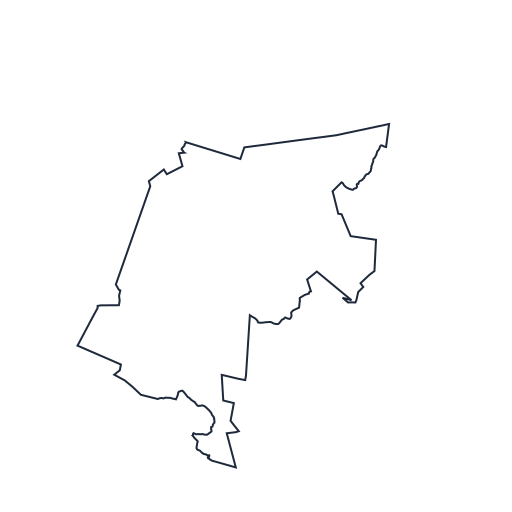 San Luis del Cordero, Durango, Mexico, rotated 133°
{"feature_id": "50627088B87094166069630", "entity_name": "San Luis del Cordero", "entity_type": "district", "adm_level": 2, "iso_a3": "MEX", "parent_name": "Mexico", "parent_adm1": "Durango", "projection": "natural_earth1", "projection_center": [-104.288, 25.388], "detail": "fine", "context": "isolated", "style": "outline", "palette": "slate", "viewbox_px": 512, "rotation_deg": 133, "n_neighbors": 0, "source": "geoboundaries", "source_scale": "gbopen_adm2", "svg_char_len": 5800}
<svg xmlns="http://www.w3.org/2000/svg" viewBox="0 0 512 512"><g transform="rotate(133 256 256)"><path d="M395.9,149.1L393.9,162.2L384.3,168.3L378.7,171.9L384.0,181.4L366.3,200.0L357.8,185.1L354.1,179.3L350.8,181.4L350.5,181.6L303.5,220.1L303.3,218.7L303.0,217.4L302.8,216.4L302.3,214.6L302.2,212.9L302.3,211.3L302.5,210.5L303.2,209.3L302.2,207.7L301.0,206.4L300.1,205.6L298.9,204.6L297.7,203.6L296.7,202.7L295.7,201.7L294.7,200.8L294.0,199.7L293.7,198.6L293.5,197.6L293.1,196.7L292.5,195.6L291.7,194.5L290.8,193.5L289.5,193.2L286.8,193.4L284.8,193.6L283.7,193.0L282.8,192.7L282.0,192.9L281.1,192.7L280.7,192.0L280.6,191.4L280.1,190.1L279.1,188.5L278.1,188.3L276.3,188.8L275.2,189.5L274.6,190.3L273.5,191.6L272.3,191.8L270.3,191.7L264.4,189.3L259.6,192.9L259.2,193.0L258.9,193.3L258.7,193.6L258.3,194.0L257.9,194.4L257.5,194.8L257.3,194.9L257.1,195.1L257.0,195.3L256.8,195.4L256.5,195.3L251.2,193.8L248.2,192.2L247.6,191.7L247.4,191.8L246.8,192.1L246.4,192.3L246.0,192.4L245.5,192.4L245.1,192.1L244.7,191.9L244.4,191.7L238.3,202.6L225.9,200.9L223.2,156.0L227.5,164.2L227.2,157.0L224.4,154.1L222.2,151.6L219.8,152.5L212.6,156.7L205.5,156.4L204.6,161.0L192.3,160.2L186.2,159.1L162.3,179.3L176.9,200.3L167.1,221.9L169.0,224.6L158.3,241.1L156.5,244.1L143.8,243.7L143.6,242.6L143.7,242.3L143.6,241.9L143.9,241.0L144.2,239.9L144.3,239.0L144.2,238.5L144.3,237.9L144.2,236.8L143.9,235.7L143.6,234.5L143.1,233.3L142.5,231.9L141.9,230.8L141.3,230.2L140.5,230.2L139.8,230.2L139.4,230.0L139.0,229.6L138.5,229.3L138.0,229.1L137.6,229.1L137.1,229.1L136.4,229.3L136.2,229.7L135.8,230.2L135.6,230.5L135.4,230.7L135.1,231.0L134.8,231.2L134.3,231.2L134.0,231.0L133.8,230.8L133.5,230.3L133.3,230.3L132.7,230.8L132.3,231.0L131.9,231.1L131.4,231.2L130.7,231.2L129.7,230.9L129.0,230.5L127.7,230.2L127.0,230.4L125.3,230.1L124.4,230.5L123.4,230.8L122.7,230.8L122.2,231.0L121.2,230.9L120.6,230.7L120.2,230.5L119.8,230.1L119.3,229.9L118.6,229.9L117.9,230.0L117.3,230.0L116.5,230.0L115.9,230.0L115.2,230.3L114.5,230.8L114.1,231.0L113.6,231.4L113.1,231.5L112.8,231.7L112.5,231.9L112.2,232.3L112.1,232.6L111.4,232.9L111.0,233.1L110.2,233.3L109.7,233.5L109.1,233.9L108.8,234.0L108.4,234.3L108.0,234.4L107.6,234.4L107.1,234.7L106.6,235.0L106.3,235.3L105.9,235.7L105.5,235.9L105.0,236.2L104.4,236.3L103.7,236.2L102.9,236.2L102.1,236.4L101.6,236.6L100.9,236.8L99.9,237.0L99.4,237.2L98.8,237.7L98.1,238.0L97.4,238.3L97.1,238.5L96.4,238.7L95.5,238.6L94.9,238.7L94.2,238.8L93.8,238.9L93.3,239.1L92.8,239.3L91.9,239.7L91.6,239.8L91.2,240.0L90.7,240.0L90.2,240.1L89.9,240.0L89.6,239.7L89.3,239.3L89.1,239.0L88.9,238.5L88.9,238.1L88.8,237.7L88.6,237.2L88.4,236.6L88.1,236.1L87.6,235.2L68.7,248.7L101.7,271.8L112.6,279.4L113.0,279.7L124.4,289.1L141.7,303.4L159.5,318.0L167.8,324.8L178.8,333.9L184.5,338.6L195.7,333.6L220.6,384.9L220.7,384.6L222.2,384.4L222.5,384.4L222.8,384.4L223.0,384.3L223.8,383.8L224.6,383.6L227.2,383.6L227.6,383.6L227.9,383.6L228.3,383.5L228.6,383.3L228.8,382.8L228.8,381.9L229.0,380.9L229.3,380.5L229.2,380.2L229.3,379.8L229.5,379.6L229.5,379.4L229.4,379.0L233.5,382.5L240.5,371.0L257.0,377.0L255.6,382.4L274.3,385.4L277.1,380.9L358.9,345.0L372.4,339.1L374.2,333.4L373.7,331.8L378.5,329.0L381.8,325.1L385.5,322.7L397.9,335.8L400.5,337.8L402.2,336.3L408.2,334.8L419.1,331.9L443.3,325.4L427.5,280.8L432.4,277.7L439.5,278.7L436.5,267.2L435.9,256.9L436.0,245.5L427.5,230.2L427.1,230.1L426.2,229.7L424.4,228.5L423.2,226.5L421.3,225.6L419.7,223.6L418.4,222.2L417.1,219.7L415.4,216.8L415.2,216.9L412.7,217.7L411.2,218.3L410.1,219.0L408.9,219.7L408.0,219.9L407.3,219.6L406.3,219.0L405.3,218.5L404.7,218.0L404.7,217.0L404.7,216.1L405.7,209.7L405.3,208.5L405.3,207.3L405.4,205.9L405.3,204.8L405.2,204.0L405.1,203.4L404.9,202.3L404.6,201.1L404.8,200.5L405.0,199.4L405.2,198.3L405.3,196.8L405.1,195.9L404.3,195.4L403.4,194.4L402.3,193.8L401.5,192.8L401.1,191.5L400.8,190.3L400.8,189.7L400.7,189.1L400.8,188.3L400.9,187.6L400.9,187.4L400.8,186.8L400.8,186.2L400.8,185.4L400.9,184.6L401.2,182.3L401.2,182.0L401.3,181.5L401.5,181.3L402.0,180.4L402.2,179.7L402.3,178.8L402.5,178.1L402.5,177.4L402.6,177.1L402.8,176.8L403.2,176.5L403.3,175.9L403.5,175.5L403.8,175.4L404.2,175.1L404.4,174.7L404.7,174.2L404.9,173.9L405.3,173.6L405.7,173.3L405.9,173.0L406.1,172.8L406.3,172.7L406.7,172.8L407.0,172.8L407.6,172.7L408.1,172.6L408.5,172.6L409.0,172.3L409.8,171.8L410.5,171.5L411.5,171.9L411.8,172.1L412.1,171.8L412.6,171.4L412.9,171.0L413.2,170.6L413.5,170.5L413.8,169.8L414.3,169.2L414.7,168.9L414.9,168.9L415.1,169.0L415.6,169.1L416.3,169.1L416.9,169.2L417.4,169.3L417.7,169.5L418.5,169.6L419.3,169.7L420.2,170.0L420.7,170.6L421.0,171.1L421.5,171.6L421.8,171.9L422.2,172.6L422.4,173.3L422.8,173.8L423.2,174.2L423.5,174.4L423.9,174.6L424.3,175.1L424.9,175.9L425.2,176.3L425.5,176.6L426.0,177.2L426.5,177.5L427.2,178.2L427.4,178.6L427.7,179.6L428.0,180.5L428.1,180.8L428.7,180.9L429.4,180.5L429.9,180.0L430.3,179.7L430.6,179.8L430.6,179.5L430.8,178.1L431.0,177.1L431.1,175.5L431.2,173.2L431.3,172.2L433.2,171.2L434.1,170.5L435.1,169.9L435.7,169.5L436.7,168.8L437.0,168.6L437.4,167.7L437.6,167.3L437.5,167.0L437.5,166.9L437.5,166.7L437.4,166.4L437.3,165.9L437.1,165.5L436.8,164.9L436.7,164.5L436.6,163.9L436.7,163.2L436.7,162.6L436.7,161.9L436.8,161.6L436.7,161.2L436.7,160.7L436.6,160.2L436.4,159.9L436.5,159.4L436.3,159.2L436.2,158.8L435.8,158.3L435.7,158.0L435.5,157.5L435.2,157.1L435.0,156.3L434.9,156.2L435.0,155.3L435.0,154.8L434.8,154.7L434.1,154.6L433.7,154.5L433.7,154.3L433.8,154.1L433.9,153.9L434.1,153.8L434.4,153.7L434.8,153.6L435.0,153.6L435.0,153.8L435.2,153.7L435.5,153.1L435.8,152.9L436.1,153.1L436.4,153.4L436.6,153.0L436.5,152.7L436.2,151.8L436.2,151.6L436.2,151.0L436.2,150.7L436.0,150.1L435.9,149.5L435.6,148.4L424.4,126.6L405.6,156.5L398.7,150.7L395.9,149.1Z" fill="none" stroke="#1e293b" stroke-width="2"/></g></svg>